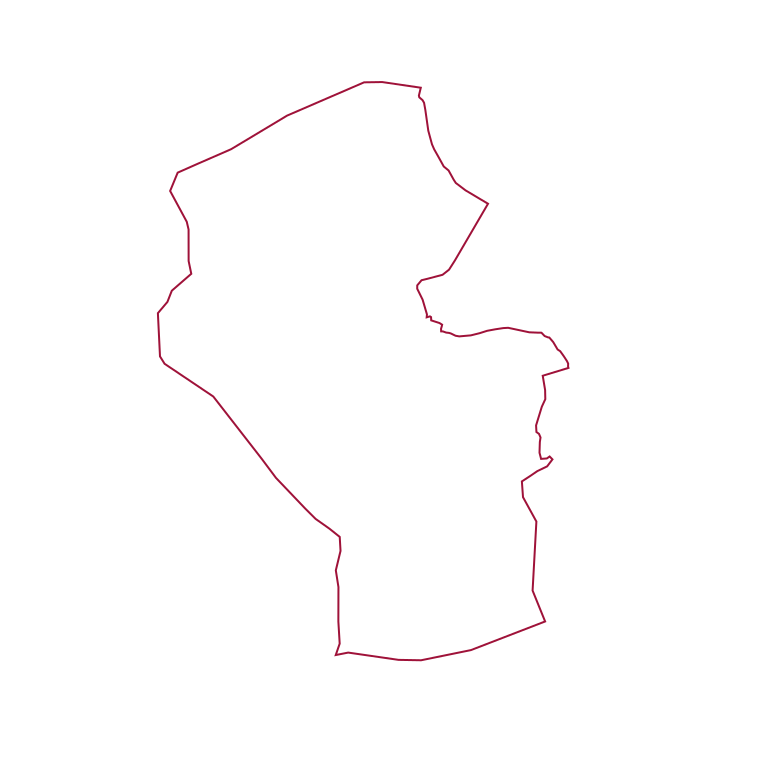 the district of Enugu North, Enugu, Nigeria, rotated 240°
{"feature_id": "59680162B72641942292242", "entity_name": "Enugu North", "entity_type": "district", "adm_level": 2, "iso_a3": "NGA", "parent_name": "Nigeria", "parent_adm1": "Enugu", "projection": "natural_earth1", "projection_center": [7.486, 6.446], "detail": "fine", "context": "isolated", "style": "outline", "palette": "rose", "viewbox_px": 768, "rotation_deg": 240, "n_neighbors": 0, "source": "geoboundaries", "source_scale": "gbopen_adm2", "svg_char_len": 1569}
<svg xmlns="http://www.w3.org/2000/svg" viewBox="0 0 768 768"><g transform="rotate(240 384 384)"><path d="M667.8,333.4L670.2,311.0L658.1,295.3L623.1,294.3L615.5,292.0L588.2,276.3L575.8,272.2L570.9,246.9L563.4,237.5L558.4,223.6L519.9,203.8L511.2,204.1L458.5,229.9L380.3,240.7L356.7,243.5L315.5,253.5L301.4,257.3L286.0,264.4L273.7,269.2L261.2,262.9L246.7,249.1L230.9,243.0L201.1,225.7L181.3,215.8L173.4,206.7L169.3,218.7L137.8,258.7L126.2,278.0L110.1,326.2L97.8,404.8L130.8,409.4L188.7,447.2L216.5,447.8L230.7,454.7L231.2,464.1L231.9,473.2L231.1,484.1L234.5,492.2L238.4,491.2L238.1,487.8L240.6,482.6L246.7,484.3L251.4,487.2L255.9,490.0L259.4,492.8L263.3,493.3L266.2,492.0L272.1,495.0L285.4,509.3L290.2,516.1L298.2,520.5L311.8,525.6L305.7,551.8L307.2,552.2L309.6,553.7L312.3,553.9L318.1,553.6L324.3,553.0L327.1,551.6L335.7,551.5L341.6,550.4L342.2,549.5L345.2,547.1L349.7,546.0L351.1,543.6L356.1,535.7L370.6,519.6L372.8,515.2L375.7,507.8L378.5,499.9L380.2,492.2L382.7,483.5L387.6,473.0L390.0,470.1L394.3,467.2L395.7,465.9L397.5,463.5L400.0,461.4L401.0,459.8L403.3,461.0L405.0,462.8L406.3,464.0L409.1,462.5L415.5,456.7L418.4,458.2L419.6,457.6L420.4,454.3L422.8,456.0L437.7,459.6L449.9,460.4L452.8,462.1L455.1,468.4L453.4,474.2L449.3,489.3L450.5,497.5L455.6,507.3L488.1,564.2L511.0,551.4L522.2,546.7L526.2,546.5L536.6,546.7L542.5,544.5L552.5,544.7L562.2,544.8L567.6,545.4L581.2,549.0L600.6,556.8L607.5,559.3L610.6,559.3L614.6,557.9L616.3,558.4L622.2,564.0L646.4,533.4L655.2,517.6L664.9,434.2L663.8,368.9L667.8,333.4Z" fill="none" stroke="#9f1239" stroke-width="2"/></g></svg>